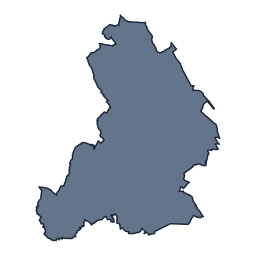 the district of Ciurila, Cluj, Romania
{"feature_id": "2599482B49766923027445", "entity_name": "Ciurila", "entity_type": "district", "adm_level": 2, "iso_a3": "ROU", "parent_name": "Romania", "parent_adm1": "Cluj", "projection": "mercator", "projection_center": [23.534, 46.652], "detail": "fine", "context": "isolated", "style": "filled", "palette": "slate", "viewbox_px": 256, "rotation_deg": 0, "n_neighbors": 0, "source": "geoboundaries", "source_scale": "gbopen_adm2", "svg_char_len": 5794}
<svg xmlns="http://www.w3.org/2000/svg" viewBox="0 0 256 256"><path d="M148.7,234.9L154.6,233.4L155.1,231.3L170.3,223.7L187.6,224.3L188.5,224.0L189.9,222.0L191.6,218.3L193.6,215.6L197.1,217.2L197.1,216.9L199.9,217.7L200.8,217.6L201.8,216.6L203.1,216.8L203.2,216.5L201.6,214.5L200.8,213.2L200.6,212.3L199.6,211.4L199.0,210.4L197.3,209.1L197.2,207.4L195.3,206.1L196.1,205.2L193.5,201.8L192.0,196.8L190.3,195.6L189.3,195.2L189.4,194.9L187.1,194.1L186.1,193.3L184.1,192.8L183.2,191.2L180.6,191.4L179.2,191.0L181.1,186.7L183.3,188.4L185.0,186.9L185.3,186.2L186.1,185.8L187.1,184.2L189.2,182.3L185.1,180.6L183.5,178.9L184.4,176.7L184.4,174.7L184.0,173.3L188.0,170.2L188.8,170.0L189.8,169.2L193.1,166.4L193.4,165.4L194.5,164.7L195.6,165.1L196.2,164.5L199.4,163.9L200.5,164.3L201.3,165.1L202.1,165.3L204.2,165.7L205.6,165.6L206.2,164.4L205.7,164.1L206.0,163.7L206.2,163.0L206.1,162.2L205.7,162.2L206.4,161.5L205.7,160.9L206.6,160.4L207.1,159.0L207.2,157.4L207.6,156.8L207.7,155.1L208.5,154.4L208.2,153.7L208.7,153.3L208.8,152.9L207.3,150.7L208.5,150.0L210.2,150.0L210.9,150.0L211.0,150.4L211.7,150.4L211.8,149.7L213.4,148.9L216.2,149.8L216.7,149.5L216.8,148.9L218.1,149.0L215.3,144.1L217.8,143.7L218.5,144.1L219.1,144.0L217.1,141.7L216.0,139.4L214.8,137.8L215.6,137.4L217.4,137.1L218.7,138.0L219.6,138.2L217.2,131.1L217.4,130.2L217.4,129.2L216.1,124.7L215.0,123.7L213.7,122.9L207.1,116.8L205.0,115.3L203.4,113.6L200.5,111.2L201.3,110.4L202.5,108.1L203.3,104.6L205.2,102.6L207.1,101.0L211.9,106.7L213.2,108.6L213.9,108.9L214.3,108.4L210.2,103.1L209.2,101.3L207.7,100.2L206.0,97.9L203.7,95.9L203.2,93.8L201.7,92.1L200.4,91.1L198.0,90.4L196.0,90.5L193.8,90.1L193.1,90.3L193.1,86.9L193.9,86.2L193.9,85.8L191.1,85.7L190.5,84.7L182.5,69.7L180.1,63.2L176.3,58.8L175.3,56.9L172.8,52.1L176.4,49.1L171.4,42.9L171.0,44.1L171.0,46.2L168.5,48.6L166.4,49.4L163.4,51.6L161.8,51.9L161.4,52.6L160.7,52.9L157.9,52.3L156.6,50.9L156.3,50.2L156.1,48.8L155.7,47.9L154.0,44.8L152.5,42.9L151.6,39.7L151.6,39.0L152.3,37.8L152.2,35.7L150.3,33.5L147.6,29.7L146.7,26.6L146.4,26.5L145.6,25.2L145.4,22.5L141.2,22.7L137.4,22.2L132.7,22.2L131.5,21.7L129.1,21.9L126.4,20.8L124.5,19.6L123.1,17.5L121.6,17.0L120.4,15.4L120.3,15.6L121.1,16.8L120.8,17.3L120.5,17.2L120.0,17.5L119.9,19.2L119.6,19.6L119.1,22.6L118.7,23.0L118.8,24.0L118.6,24.7L118.9,25.0L116.6,25.2L115.9,25.7L114.5,26.1L113.9,25.6L112.9,25.7L112.2,25.0L111.7,25.1L109.9,24.6L108.8,25.3L107.7,26.7L106.5,27.3L105.9,27.4L105.1,28.4L104.3,28.8L103.9,29.2L103.8,30.2L102.7,31.5L102.5,32.0L102.7,33.0L102.4,33.5L104.8,35.3L105.3,36.1L104.7,36.4L105.7,38.0L106.5,38.3L107.6,39.2L109.2,39.3L109.8,38.9L110.4,37.4L111.2,36.9L112.0,38.7L115.1,42.4L115.8,44.2L114.7,44.1L113.8,45.2L113.1,45.2L113.1,45.7L112.7,46.1L109.1,45.2L104.5,44.7L101.4,43.7L99.4,43.6L99.6,44.5L100.1,45.4L100.2,47.4L99.1,49.0L97.9,49.8L96.6,50.1L95.7,51.3L94.6,52.2L93.4,52.6L91.0,52.8L88.2,56.9L86.7,57.6L87.8,59.9L88.1,61.5L89.2,64.5L91.1,67.3L92.3,69.9L92.9,72.5L94.0,75.0L93.8,75.1L93.9,78.4L95.9,82.4L97.7,86.6L99.5,88.9L100.6,89.6L101.6,90.8L101.5,91.3L100.9,92.1L103.7,95.1L103.3,95.5L105.9,98.4L108.0,100.3L106.5,101.3L109.2,104.9L110.5,107.4L109.3,108.1L109.2,109.1L107.9,110.6L107.1,112.6L106.4,113.1L105.3,112.4L104.3,112.0L104.0,112.3L101.8,114.5L101.0,114.9L99.8,117.0L98.5,117.7L97.3,119.2L97.5,120.0L98.5,120.0L97.1,120.6L97.6,121.6L97.3,121.8L97.2,123.0L97.3,124.4L97.9,126.3L98.2,128.1L98.8,129.1L100.0,130.0L101.0,133.3L100.1,134.6L100.3,136.6L102.5,137.8L104.0,140.2L100.8,143.2L98.3,140.9L94.3,148.9L93.3,148.2L94.2,145.6L92.7,144.7L91.5,144.5L91.4,145.6L90.9,145.4L90.7,144.9L86.6,143.3L83.3,142.5L81.4,143.0L80.9,144.0L79.1,144.6L78.3,145.5L77.0,146.1L75.2,147.8L74.6,149.6L73.7,151.2L72.5,154.6L72.5,157.4L72.1,159.7L71.3,159.8L70.8,160.5L69.7,163.3L69.9,164.6L70.5,164.8L70.5,165.4L69.3,167.5L69.5,167.9L69.4,169.4L69.1,170.1L69.4,171.2L69.1,171.7L69.4,173.3L69.3,173.8L68.9,174.5L67.7,175.2L67.9,175.5L67.6,176.0L66.8,176.4L66.5,178.2L66.0,179.0L65.7,181.1L64.7,183.0L64.0,185.6L60.9,186.1L60.2,187.3L58.9,190.5L56.9,192.7L57.1,193.5L56.5,194.9L52.5,192.2L50.8,189.9L48.7,189.1L48.1,188.4L43.1,187.4L39.2,187.0L39.8,188.2L41.6,190.5L41.8,191.3L41.2,194.4L40.8,198.5L39.9,199.8L39.5,199.9L38.0,202.3L37.8,203.9L38.2,204.2L37.4,205.5L38.2,206.5L36.9,206.9L36.9,207.8L36.5,207.6L36.7,209.0L36.4,209.5L36.6,211.5L37.3,212.7L36.9,213.4L41.3,217.0L40.2,218.4L39.4,220.7L41.3,222.4L41.3,222.6L40.9,222.9L41.0,223.7L43.6,224.1L43.6,225.4L43.0,226.6L42.9,227.3L43.5,227.3L44.4,226.8L44.4,227.8L45.7,230.8L45.3,231.3L45.1,232.0L45.4,232.8L44.2,233.4L44.3,234.4L45.3,235.2L45.6,235.1L46.8,236.8L48.6,238.4L50.2,238.4L51.0,239.7L53.6,240.5L54.9,240.3L56.0,240.6L57.0,238.6L58.0,238.9L58.9,238.5L59.1,239.5L59.7,238.8L61.1,238.1L62.0,239.0L62.8,237.7L64.2,238.3L71.3,238.5L72.4,238.2L72.2,237.7L73.5,237.1L75.7,236.4L75.1,235.5L75.3,234.7L77.2,232.2L77.4,230.5L78.8,230.4L79.8,229.8L80.9,228.2L79.5,227.9L79.5,227.5L80.7,227.4L82.5,225.9L82.9,226.5L83.7,226.2L84.0,225.0L83.7,222.7L84.4,221.8L84.9,219.8L86.6,220.9L88.8,221.6L90.4,223.3L91.5,224.8L93.1,223.3L93.5,223.6L93.9,223.1L94.6,222.9L95.2,222.1L96.5,221.4L97.3,220.4L102.4,219.4L102.8,218.5L104.0,217.3L105.8,216.4L106.0,217.1L107.7,219.6L110.5,219.3L111.1,221.8L113.2,221.4L113.1,222.1L114.2,221.7L114.0,220.4L113.3,219.1L113.7,218.7L112.5,217.5L112.0,216.5L111.3,216.1L110.9,215.0L112.0,214.7L112.3,215.3L113.0,215.7L113.2,215.3L114.3,214.8L114.2,214.3L114.9,214.1L115.6,214.4L117.2,216.9L116.9,219.6L117.0,221.6L116.7,222.8L119.7,224.1L120.4,228.9L121.6,228.1L122.5,228.3L125.5,231.2L128.2,231.6L128.2,232.0L128.7,232.0L128.8,233.5L133.8,233.6L137.3,232.4L138.8,232.5L140.5,231.2L141.9,228.5L145.6,231.6L144.1,233.3L144.7,233.6L146.0,232.0L146.9,232.8L148.1,233.3L148.7,234.9Z" fill="#64748b" stroke="#1e293b" stroke-width="1.5"/></svg>